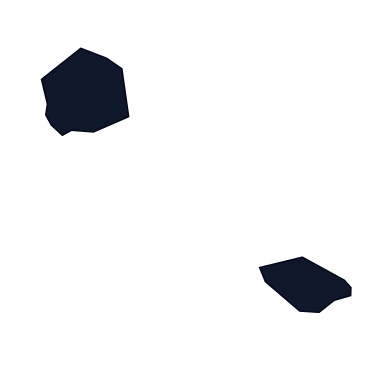 Antigua and Barbuda, Natural Earth projection, rotated 132°
{"feature_id": "ATG", "entity_name": "Antigua and Barbuda", "entity_type": "country or territory", "adm_level": 0, "iso_a3": "ATG", "parent_name": "North America", "parent_adm1": "", "projection": "natural_earth1", "projection_center": [-61.781, 17.356], "detail": "fine", "context": "isolated", "style": "filled", "palette": "ink", "viewbox_px": 384, "rotation_deg": 132, "n_neighbors": 0, "source": "natural_earth", "source_scale": "50m", "svg_char_len": 424}
<svg xmlns="http://www.w3.org/2000/svg" viewBox="0 0 384 384"><g transform="rotate(132 192 192)"><path d="M223.3,358.4L209.0,379.2L159.6,370.8L149.7,344.8L147.4,326.5L178.4,289.5L213.3,305.4L226.8,322.9L236.6,326.3L236.4,341.3L232.6,352.2L223.3,358.4ZM209.5,77.5L202.9,91.2L166.6,66.4L155.6,19.7L156.7,9.9L162.8,4.8L177.2,13.8L196.4,17.1L208.4,32.3L209.5,77.5Z" fill="#0f172a" stroke="#020617" stroke-width="1.5"/></g></svg>